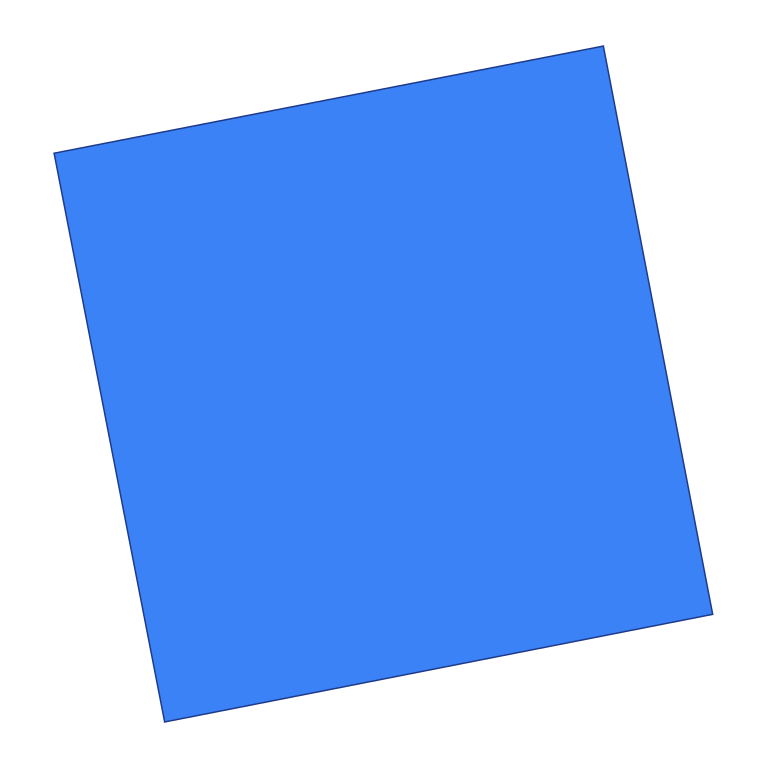 outline of Grant, Kansas, United States of America, rotated 259°
{"feature_id": "52423323B71975870729571", "entity_name": "Grant", "entity_type": "district", "adm_level": 2, "iso_a3": "USA", "parent_name": "United States of America", "parent_adm1": "Kansas", "projection": "robinson", "projection_center": [-101.235, 37.562], "detail": "fine", "context": "isolated", "style": "filled", "palette": "blue", "viewbox_px": 768, "rotation_deg": 259, "n_neighbors": 0, "source": "geoboundaries", "source_scale": "gbopen_adm2", "svg_char_len": 241}
<svg xmlns="http://www.w3.org/2000/svg" viewBox="0 0 768 768"><g transform="rotate(259 384 384)"><path d="M673.5,104.2L94.1,104.2L95.2,662.7L673.9,663.8L673.8,500.4L673.5,104.2Z" fill="#3b82f6" stroke="#1e3a8a" stroke-width="1.5"/></g></svg>